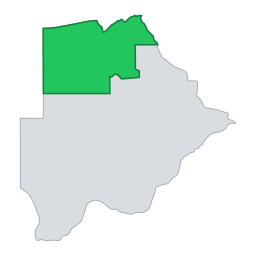 North-West on a map of Botswana (Mercator projection)
{"feature_id": "BWA-2629", "entity_name": "North-West", "entity_type": "District", "adm_level": 1, "iso_a3": "BWA", "parent_name": "Botswana", "parent_adm1": "", "projection": "mercator", "projection_center": [23.629, -19.391], "detail": "fine", "context": "in_parent", "style": "filled", "palette": "green", "viewbox_px": 256, "rotation_deg": 0, "n_neighbors": 0, "source": "natural_earth", "source_scale": "10m", "svg_char_len": 5531}
<svg xmlns="http://www.w3.org/2000/svg" viewBox="0 0 256 256"><path d="M141.5,15.6L141.0,16.8L140.7,18.6L141.1,19.9L142.0,21.6L143.3,23.1L144.4,24.0L145.6,26.3L146.8,29.1L148.4,31.3L153.0,36.3L153.5,38.1L154.2,39.9L157.1,43.3L157.5,44.5L157.4,46.8L160.4,53.8L162.3,57.9L164.0,58.6L169.4,63.0L174.0,66.5L179.5,68.9L183.5,70.5L185.5,71.6L186.5,72.7L187.3,74.8L187.7,78.5L187.9,80.8L192.2,80.8L195.8,81.0L197.0,81.4L197.5,82.1L197.4,83.7L197.4,86.0L197.6,87.9L197.2,89.9L197.0,92.3L196.8,95.2L197.3,96.4L200.8,100.1L202.2,102.5L203.8,106.1L204.7,107.3L205.4,107.7L208.5,108.1L216.6,109.7L221.5,111.1L225.5,112.5L227.1,112.9L227.9,113.3L228.2,113.6L227.7,116.8L227.8,117.8L228.3,118.7L228.9,119.5L229.8,119.9L232.7,120.3L234.5,122.2L235.7,123.1L230.3,123.6L227.6,125.2L226.1,128.1L223.6,130.2L220.3,131.6L216.8,132.5L213.1,133.0L209.2,135.5L205.0,140.0L202.9,142.8L202.8,144.0L201.9,145.0L200.1,145.8L199.1,146.8L198.8,148.0L197.9,148.6L196.2,148.5L195.0,149.4L194.3,151.2L192.9,152.3L190.6,152.7L188.6,153.7L187.0,155.4L185.7,156.2L184.8,156.2L183.4,157.6L181.1,160.7L180.7,162.2L177.6,174.2L175.9,175.6L172.7,178.1L170.0,181.0L168.8,182.8L167.6,183.6L161.5,185.0L159.2,185.8L156.5,187.0L155.8,188.0L155.1,191.7L153.2,197.1L151.7,201.0L150.7,204.4L148.9,208.7L147.4,210.2L145.7,211.5L143.5,212.1L140.4,212.5L137.7,212.4L135.5,212.5L132.5,214.0L129.8,214.1L125.4,213.2L121.8,212.4L120.2,212.2L117.0,209.4L115.0,209.5L111.9,209.2L110.2,208.6L108.6,207.2L105.1,204.3L101.6,202.1L98.6,200.7L95.8,200.1L93.1,200.7L91.0,201.3L90.2,201.6L88.5,202.7L86.9,205.0L85.5,208.4L85.0,210.6L83.5,215.1L81.4,220.6L80.4,222.1L79.3,223.3L77.5,224.4L71.7,228.7L68.8,233.6L67.0,235.0L64.8,235.7L62.9,236.1L61.9,236.9L60.7,239.4L59.7,240.3L58.6,240.6L55.3,240.3L54.2,240.1L45.4,240.6L42.7,239.8L40.8,239.5L37.8,240.5L36.6,239.8L35.6,237.8L35.1,233.6L35.2,230.1L36.9,227.5L38.2,225.5L39.5,223.0L39.7,221.8L39.5,220.8L39.2,218.7L39.0,216.6L37.2,212.0L34.8,205.8L31.7,198.9L30.7,197.1L28.8,194.1L21.5,188.5L20.4,187.7L20.4,187.1L20.4,181.6L20.4,174.4L20.4,167.2L20.4,160.0L20.4,152.8L20.4,145.7L20.3,138.5L20.3,131.4L20.3,124.3L20.3,118.3L25.6,118.3L32.0,118.3L39.7,118.3L43.1,118.3L43.3,117.3L43.3,113.0L43.3,102.9L43.3,92.9L43.3,82.8L43.3,72.9L43.2,62.9L43.2,53.0L43.2,43.1L43.2,33.2L43.2,28.3L49.1,28.0L55.9,27.0L67.0,25.4L77.3,23.4L84.0,22.2L92.0,20.9L94.7,20.6L95.4,20.8L96.5,21.3L100.2,26.2L102.5,30.0L103.0,31.6L103.4,31.7L104.5,31.5L105.7,30.9L109.5,27.1L110.3,26.2L112.7,24.3L115.6,22.5L118.2,21.2L120.8,20.1L122.1,20.4L123.5,21.3L124.8,21.9L130.8,17.4L133.5,16.3L140.5,15.5L141.5,15.6Z" fill="#d9dde1" stroke="#a8b0b8" stroke-width="1"/><path d="M141.5,15.7L140.6,17.7L140.6,18.4L140.7,19.0L141.4,20.6L142.3,22.3L143.0,23.0L143.7,23.4L144.4,24.0L144.9,24.9L145.7,26.7L146.4,27.9L146.6,28.4L146.8,29.4L146.9,29.8L147.2,30.3L148.7,31.9L149.5,32.4L149.8,32.7L150.9,34.3L151.6,34.9L152.4,35.3L153.0,35.9L153.3,36.7L153.4,38.5L154.2,40.3L157.1,42.9L157.7,44.8L135.5,44.8L135.3,44.8L135.4,69.0L135.5,69.2L139.3,70.8L139.4,71.2L139.3,76.9L139.2,77.2L139.1,77.4L138.9,77.5L124.2,78.7L123.9,78.7L123.6,78.7L123.1,78.7L122.3,79.0L121.8,79.0L121.3,78.8L120.9,78.4L120.3,77.4L119.4,76.7L119.1,76.3L118.4,75.1L118.2,75.1L117.8,75.2L117.4,75.1L116.8,74.4L116.5,74.2L116.2,74.0L115.8,74.1L115.5,74.3L114.6,74.4L114.4,74.6L114.0,74.9L113.7,75.0L113.4,75.1L113.2,75.2L113.0,75.3L112.5,76.0L112.6,76.4L112.5,76.5L111.1,76.9L110.8,76.9L110.5,76.8L109.9,76.4L109.8,76.9L109.9,93.6L43.8,93.6L43.4,93.6L43.4,90.6L43.3,87.5L43.3,84.5L43.3,81.4L43.3,78.3L43.3,77.7L43.3,75.3L43.3,72.2L43.3,69.2L43.3,66.1L43.3,63.1L43.3,60.0L43.3,57.0L43.2,53.9L43.2,50.9L43.2,49.0L43.2,47.9L43.2,44.8L43.2,43.8L43.2,42.8L43.2,41.9L43.2,40.9L43.2,39.9L43.2,38.9L43.2,37.9L43.2,36.9L43.2,35.9L43.2,34.9L43.2,34.0L43.2,33.0L43.2,32.0L43.2,31.0L43.2,30.0L43.2,29.0L43.2,28.3L43.6,28.3L44.3,28.3L45.6,28.2L46.9,28.2L48.2,28.1L49.5,28.1L50.6,28.0L51.7,28.0L52.8,27.9L53.8,27.9L54.3,27.9L54.7,27.8L55.1,27.8L55.5,27.7L55.9,27.6L56.3,27.5L58.2,27.2L60.1,26.8L62.1,26.4L64.0,26.0L65.9,25.7L67.9,25.3L69.8,24.9L71.8,24.5L73.7,24.1L75.6,23.8L77.6,23.4L79.5,23.0L81.4,22.6L83.4,22.2L85.3,21.9L87.2,21.5L89.2,21.1L92.0,20.9L93.9,20.7L95.5,20.6L96.4,20.6L96.7,20.8L96.8,20.9L96.8,21.0L96.8,21.3L96.9,21.5L97.1,21.6L97.3,21.6L97.3,22.2L97.3,22.4L97.4,22.5L97.7,22.9L97.9,23.5L98.6,24.3L98.7,24.6L98.8,24.7L98.7,25.1L98.9,25.3L99.1,25.4L99.3,25.4L99.5,25.2L99.9,25.5L100.2,25.9L100.3,26.1L100.6,26.2L100.9,26.2L101.2,26.4L101.3,26.6L101.4,26.9L101.6,27.1L101.8,27.3L101.6,27.7L102.3,28.5L102.5,29.0L102.2,29.5L102.4,29.9L102.8,30.9L103.0,31.9L103.3,32.2L103.7,32.2L104.5,31.9L104.7,31.7L105.3,31.0L105.7,31.0L106.1,30.7L108.2,28.4L108.6,28.3L108.9,28.0L109.3,27.4L109.6,27.1L110.2,26.7L110.6,26.3L110.7,25.5L111.5,24.9L111.8,25.0L112.0,24.9L112.4,24.6L113.1,24.3L113.3,24.1L113.9,23.5L114.1,23.4L114.9,23.2L115.7,22.7L116.8,21.3L117.6,20.9L118.1,20.9L118.6,20.9L118.8,21.0L119.2,21.2L119.4,21.3L119.6,21.1L120.3,19.9L120.6,19.6L121.0,19.4L121.8,19.5L122.3,19.6L122.6,19.8L123.0,20.6L123.1,20.8L123.3,20.8L123.4,21.0L123.4,21.3L124.2,22.1L124.5,22.0L125.6,21.9L125.8,21.8L125.9,21.7L126.2,21.3L126.3,21.2L127.5,19.7L127.8,19.4L128.6,18.9L129.2,18.1L129.4,18.0L129.5,17.9L129.9,17.8L130.1,17.7L130.3,17.4L130.9,17.2L131.4,16.7L131.8,16.6L132.3,16.6L134.0,16.1L134.3,15.8L134.4,15.6L134.5,15.5L134.6,15.8L134.8,16.0L135.0,16.2L135.2,16.3L135.5,16.1L135.7,16.4L136.0,16.4L136.6,16.0L136.9,16.5L137.6,16.4L138.3,16.1L139.1,15.4L140.0,15.4L141.5,15.7Z" fill="#22c55e" stroke="#15803d" stroke-width="1.5"/></svg>